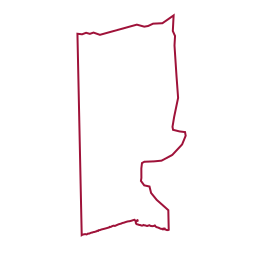 Ngellau, Ngiwal, Palau (Robinson projection), rotated 83°
{"feature_id": "81905179B11216366066462", "entity_name": "Ngellau", "entity_type": "district", "adm_level": 2, "iso_a3": "PLW", "parent_name": "Palau", "parent_adm1": "Ngiwal", "projection": "robinson", "projection_center": [134.631, 7.567], "detail": "fine", "context": "isolated", "style": "outline", "palette": "rose", "viewbox_px": 256, "rotation_deg": 83, "n_neighbors": 0, "source": "geoboundaries", "source_scale": "gbopen_adm2", "svg_char_len": 2058}
<svg xmlns="http://www.w3.org/2000/svg" viewBox="0 0 256 256"><g transform="rotate(83 128 128)"><path d="M21.8,69.0L28.2,81.1L27.5,90.4L29.2,95.6L29.4,99.5L26.5,106.6L27.2,111.5L32.1,144.5L29.1,150.6L29.9,154.4L28.4,158.0L29.4,162.2L28.3,166.7L228.7,187.0L228.3,186.1L228.2,184.9L228.1,183.5L228.6,182.0L227.9,180.5L228.1,179.8L228.0,179.1L227.6,177.9L227.4,176.9L227.4,176.0L227.1,175.2L227.1,173.9L226.8,172.6L226.7,171.7L226.3,171.1L226.5,170.2L225.9,169.7L225.9,168.3L225.5,166.8L225.3,165.2L225.1,163.5L224.9,162.1L224.6,160.2L224.3,158.6L223.9,158.3L224.1,157.3L223.4,155.4L223.2,154.0L223.6,153.0L223.3,151.9L223.1,151.4L222.8,150.3L222.4,149.0L222.3,148.1L222.1,146.9L222.0,146.2L221.6,145.2L221.5,143.8L221.2,142.4L220.9,141.0L220.7,139.5L220.7,137.8L220.5,136.2L220.3,135.1L220.0,133.7L219.9,132.7L220.7,132.3L221.0,132.1L221.1,131.5L221.2,131.1L221.0,130.7L220.9,130.4L220.7,129.8L221.0,129.7L221.3,129.8L221.3,130.5L221.7,130.9L221.9,131.3L222.1,131.5L222.4,131.7L222.8,131.8L223.3,131.8L223.8,131.6L224.2,131.4L224.5,131.1L224.8,130.4L225.0,129.9L225.2,129.4L225.4,129.1L225.6,128.6L225.8,127.7L226.4,126.7L226.6,125.9L226.5,125.4L226.4,124.5L226.2,124.4L226.4,123.9L226.7,123.3L226.8,122.7L227.2,121.9L227.6,121.0L227.5,120.3L227.3,119.9L227.3,119.4L227.1,118.7L227.5,118.2L227.8,117.6L228.0,117.4L228.2,116.5L228.4,116.0L228.4,115.3L228.4,114.7L228.3,114.0L228.0,113.5L228.1,113.1L228.9,112.8L229.5,112.2L230.0,111.5L230.4,110.4L230.9,109.6L230.9,109.4L231.2,109.1L232.0,107.8L232.2,107.0L232.2,106.6L232.4,106.5L232.8,106.0L232.8,105.4L232.6,105.0L232.2,105.0L232.1,104.5L232.4,104.3L232.8,104.2L232.6,103.7L232.9,103.6L233.5,102.9L233.8,102.3L234.1,101.7L234.1,101.2L234.2,100.8L234.0,100.0L214.5,98.0L202.8,108.3L195.3,113.0L188.7,113.8L186.9,118.9L182.1,121.6L179.2,120.8L169.8,119.7L164.5,118.4L163.5,115.9L164.3,106.0L164.5,98.7L160.1,87.3L150.9,76.3L142.7,71.7L139.0,71.9L137.7,77.2L135.3,83.5L132.3,83.7L122.8,80.9L104.2,74.6L81.7,73.5L51.8,71.8L42.4,70.1L37.2,71.7L21.8,69.0Z" fill="none" stroke="#9f1239" stroke-width="2"/></g></svg>